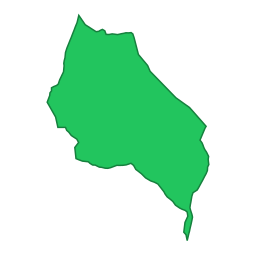 the district of Pedras de Fogo, Paraíba, Brazil
{"feature_id": "56859067B82910298217530", "entity_name": "Pedras de Fogo", "entity_type": "district", "adm_level": 2, "iso_a3": "BRA", "parent_name": "Brazil", "parent_adm1": "Paraíba", "projection": "natural_earth1", "projection_center": [-35.067, -7.353], "detail": "fine", "context": "isolated", "style": "filled", "palette": "green", "viewbox_px": 256, "rotation_deg": 0, "n_neighbors": 0, "source": "geoboundaries", "source_scale": "gbopen_adm2", "svg_char_len": 1713}
<svg xmlns="http://www.w3.org/2000/svg" viewBox="0 0 256 256"><path d="M150.1,71.3L147.6,65.5L138.4,54.5L134.1,37.8L132.8,33.9L131.1,32.6L128.7,32.9L125.9,32.8L123.8,33.3L121.5,33.7L119.4,34.2L117.5,34.6L114.8,34.2L112.1,33.9L109.0,34.5L106.1,34.4L104.8,30.8L102.4,29.4L100.6,30.2L98.8,31.3L96.1,31.7L85.2,24.7L78.8,15.4L77.1,22.5L76.0,25.2L75.1,27.4L74.2,29.9L72.7,33.6L71.1,37.8L70.2,39.9L68.6,43.9L66.9,48.1L65.5,52.5L65.0,57.7L64.2,60.8L63.8,63.4L64.1,65.8L63.5,71.9L61.9,75.2L61.0,77.1L59.7,79.8L58.3,84.0L56.5,85.5L53.9,86.5L51.5,87.8L51.5,90.9L50.0,92.8L49.7,95.6L47.2,102.2L55.6,117.0L57.9,127.4L65.5,127.4L66.7,130.3L68.8,132.2L71.3,135.5L73.7,137.1L76.8,139.1L78.6,142.5L74.8,147.5L76.0,158.6L78.9,159.8L82.4,161.1L88.4,161.8L89.9,163.3L92.6,165.0L95.3,165.1L97.0,166.0L99.3,167.1L101.5,167.3L105.2,168.2L107.8,168.3L110.5,167.7L116.9,165.3L119.0,165.4L122.7,165.3L126.1,164.9L131.0,163.3L133.6,165.4L135.8,169.4L141.4,173.7L145.6,177.9L150.7,180.9L154.4,182.2L157.9,184.0L163.9,191.7L165.2,194.2L167.2,196.9L170.2,199.2L172.8,201.4L175.5,205.2L179.8,208.1L182.0,209.2L185.2,210.4L187.2,212.1L187.8,216.3L185.0,222.4L183.8,232.2L186.0,234.7L187.2,240.6L188.1,236.7L188.8,233.7L189.5,231.2L190.1,228.2L191.1,224.0L191.9,220.3L192.5,217.1L191.9,214.3L190.7,210.7L189.9,207.8L190.3,204.9L190.9,201.8L191.5,198.2L191.9,196.0L193.0,192.7L194.7,191.6L197.2,190.0L198.9,187.1L200.9,183.4L202.6,180.3L204.6,176.4L206.1,173.7L207.4,170.5L207.6,167.0L208.8,164.6L208.4,161.6L208.2,159.2L208.6,156.4L207.6,154.4L206.6,152.3L204.7,149.4L203.7,147.2L202.9,144.9L202.0,142.8L200.0,140.1L205.0,128.2L206.1,126.3L189.5,107.5L184.4,103.9L175.9,97.8L150.1,71.3Z" fill="#22c55e" stroke="#15803d" stroke-width="1.5"/></svg>